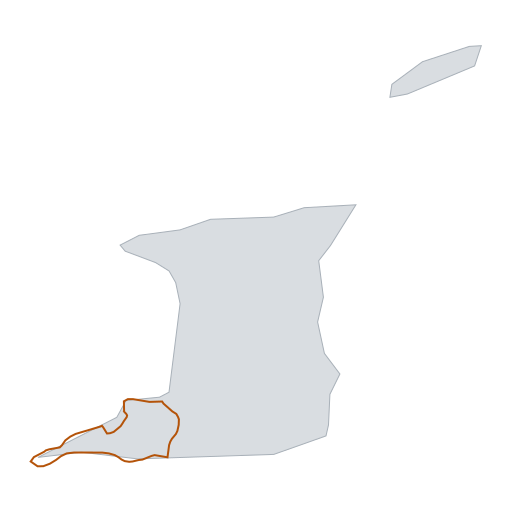 location of Siparia within Trinidad and Tobago
{"feature_id": "TTO-52", "entity_name": "Siparia", "entity_type": "Region", "adm_level": 1, "iso_a3": "TTO", "parent_name": "Trinidad and Tobago", "parent_adm1": "", "projection": "orthographic", "projection_center": [-61.668, 10.145], "detail": "fine", "context": "in_parent", "style": "outline", "palette": "amber", "viewbox_px": 512, "rotation_deg": 0, "n_neighbors": 0, "source": "natural_earth", "source_scale": "10m", "svg_char_len": 1363}
<svg xmlns="http://www.w3.org/2000/svg" viewBox="0 0 512 512"><path d="M326.0,435.9L273.8,454.4L137.7,458.9L81.3,452.2L38.0,457.4L116.8,417.3L126.1,400.4L159.5,397.2L169.0,392.2L180.1,303.7L175.7,282.6L169.1,271.0L155.6,262.6L125.2,251.2L120.1,245.1L139.2,235.3L180.0,229.9L210.5,219.3L273.6,217.1L304.2,207.7L355.9,204.8L330.5,245.5L318.7,260.7L323.4,297.2L317.6,322.0L324.4,353.4L339.9,374.0L329.9,394.3L328.5,424.9L326.0,435.9ZM407.4,94.0L389.9,97.3L391.9,84.3L422.5,61.7L469.3,46.4L481.3,45.7L474.6,65.9L407.4,94.0Z" fill="#d9dde1" stroke="#a8b0b8" stroke-width="1"/><path d="M124.0,411.3L124.1,411.2L123.9,401.3L127.9,399.1L132.8,399.1L149.5,401.9L162.1,401.5L163.5,403.6L172.3,411.4L176.3,413.9L178.0,416.9L178.9,419.3L178.7,424.9L177.4,430.9L175.9,434.0L171.9,438.8L170.3,441.6L169.1,445.1L167.5,457.3L154.6,455.1L151.6,455.9L142.4,459.6L138.8,460.0L132.5,461.5L129.2,461.8L124.7,461.1L121.5,459.5L118.6,457.3L114.8,455.1L108.9,453.4L102.3,452.6L74.3,452.5L66.7,453.4L60.9,456.2L56.1,459.9L49.9,463.7L43.3,466.2L37.6,466.3L30.7,461.5L33.9,457.1L44.3,451.7L45.8,450.4L49.3,449.3L59.8,447.4L61.9,445.3L65.3,440.4L70.3,436.6L75.7,433.9L100.5,426.5L102.0,425.8L103.1,427.2L107.0,433.5L110.1,433.2L113.7,431.9L120.6,426.2L122.5,423.4L123.8,421.2L126.7,417.1L127.1,415.4L126.2,413.8L124.5,412.1L124.0,411.3Z" fill="none" stroke="#b45309" stroke-width="2"/></svg>